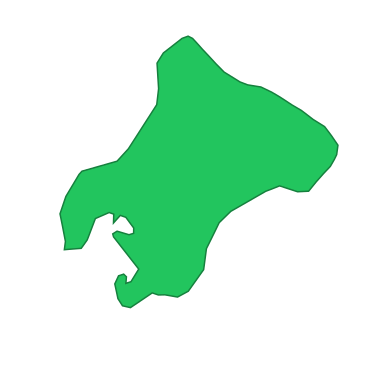 outline of Mbuji-Mayi, Kasaï-Oriental, Democratic Republic of the Congo, rotated 120°
{"feature_id": "63176286B79011641071296", "entity_name": "Mbuji-Mayi", "entity_type": "district", "adm_level": 2, "iso_a3": "COD", "parent_name": "Democratic Republic of the Congo", "parent_adm1": "Kasaï-Oriental", "projection": "orthographic", "projection_center": [23.614, -6.111], "detail": "fine", "context": "isolated", "style": "filled", "palette": "green", "viewbox_px": 384, "rotation_deg": 120, "n_neighbors": 0, "source": "geoboundaries", "source_scale": "gbopen_adm2", "svg_char_len": 1349}
<svg xmlns="http://www.w3.org/2000/svg" viewBox="0 0 384 384"><g transform="rotate(120 192 192)"><path d="M298.0,169.7L294.6,164.1L290.2,152.0L279.8,145.6L253.4,143.1L247.1,145.7L233.8,151.2L222.7,151.9L215.2,152.4L205.4,153.1L204.9,153.1L192.1,149.5L189.3,148.7L186.7,147.2L154.5,128.5L150.1,124.9L142.9,119.2L139.0,100.7L133.0,91.4L121.0,89.5L110.3,87.3L100.6,85.0L96.6,85.0L92.6,85.0L87.3,85.4L78.5,89.0L73.5,99.4L69.1,109.8L68.6,123.4L66.7,137.8L66.6,149.1L65.8,163.1L65.7,173.0L66.6,184.8L71.4,197.4L72.7,205.6L72.1,224.1L69.0,235.4L65.9,245.3L63.2,254.3L60.5,262.5L58.7,268.3L59.0,273.3L63.9,277.4L85.9,286.3L91.1,286.5L97.9,286.7L119.2,272.6L120.8,271.9L134.0,266.2L170.1,267.9L186.4,268.7L194.1,270.4L202.8,272.3L229.0,297.7L233.2,298.6L258.8,299.0L260.4,298.7L276.9,295.4L286.3,287.1L298.1,276.9L305.8,273.7L303.4,270.3L296.2,259.8L293.6,259.5L286.0,258.8L282.5,259.3L263.3,262.4L251.2,253.5L250.6,250.2L250.3,248.7L258.1,244.5L253.8,243.6L248.1,242.4L247.8,240.8L247.0,236.6L249.7,230.5L252.3,224.5L257.0,221.9L260.5,225.2L261.0,227.3L263.4,237.3L267.9,239.7L270.1,237.5L285.4,199.6L300.2,200.0L304.2,203.6L300.9,205.1L298.2,206.4L298.0,207.3L297.3,210.1L301.3,213.7L310.2,212.9L316.6,207.1L321.4,202.8L325.1,195.7L325.3,195.3L322.9,187.5L299.3,176.0L299.0,174.7L298.0,169.7Z" fill="#22c55e" stroke="#15803d" stroke-width="1.5"/></g></svg>